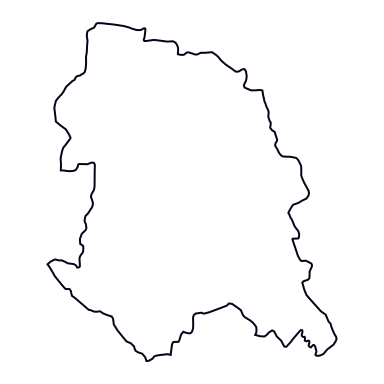 Son La, Son La, Vietnam (Equal Earth projection)
{"feature_id": "81297802B47097666741506", "entity_name": "Son La", "entity_type": "district", "adm_level": 2, "iso_a3": "VNM", "parent_name": "Vietnam", "parent_adm1": "Son La", "projection": "equal_earth", "projection_center": [103.913, 21.343], "detail": "fine", "context": "isolated", "style": "outline", "palette": "ink", "viewbox_px": 384, "rotation_deg": 0, "n_neighbors": 0, "source": "geoboundaries", "source_scale": "gbopen_adm2", "svg_char_len": 5312}
<svg xmlns="http://www.w3.org/2000/svg" viewBox="0 0 384 384"><path d="M301.3,172.5L301.2,168.0L301.2,166.9L301.0,165.5L300.2,164.1L299.4,162.2L298.1,159.9L296.3,158.0L290.8,156.8L286.5,156.7L282.6,156.4L281.1,155.4L280.3,154.4L279.1,153.0L277.3,149.2L275.1,145.5L275.6,143.0L276.7,141.5L277.2,139.7L276.7,138.2L275.3,134.1L274.9,132.1L272.1,130.3L270.6,128.5L270.2,127.5L270.2,126.7L270.6,125.5L270.7,124.3L270.7,122.5L269.6,120.9L269.0,119.0L268.3,116.9L268.4,115.2L268.7,113.1L268.4,110.9L267.6,108.9L266.7,107.3L265.4,103.5L264.4,101.2L263.9,98.5L263.0,94.7L262.8,92.7L262.5,91.2L262.3,90.4L259.0,89.9L256.7,90.3L250.8,90.3L248.4,89.2L245.9,88.2L244.6,87.4L244.0,86.2L243.9,85.3L244.9,82.8L245.8,81.4L246.2,79.8L246.7,76.4L246.0,71.5L245.3,70.2L244.3,69.0L242.3,69.4L241.0,70.0L239.4,71.2L237.5,71.7L235.7,71.6L231.4,68.4L226.3,65.0L221.5,60.9L217.9,56.5L215.9,54.8L212.0,52.2L205.0,52.8L200.8,52.8L197.0,54.5L195.1,54.5L191.9,53.4L188.6,52.4L187.1,52.4L185.5,53.4L184.6,54.4L183.0,54.9L181.4,54.9L180.3,54.8L179.6,54.6L177.9,54.2L177.9,52.3L178.1,50.7L178.1,48.8L177.8,47.0L177.3,45.5L175.6,42.7L173.0,41.3L167.2,41.6L159.7,40.6L154.0,39.9L146.3,41.0L144.4,41.0L143.9,40.5L143.8,39.5L144.5,37.5L145.2,31.9L145.3,30.2L145.4,28.9L145.0,28.4L144.2,28.3L142.4,29.1L141.1,29.9L139.4,30.1L136.6,30.0L132.7,28.9L128.8,27.4L123.7,26.0L113.0,24.4L106.9,23.8L102.0,23.2L99.0,23.2L98.2,23.0L96.4,23.6L95.5,25.1L94.9,26.2L94.1,27.6L91.2,28.9L88.0,30.8L87.2,31.9L86.8,36.1L87.5,40.5L87.1,45.9L86.8,51.6L86.8,52.2L86.0,56.8L86.1,62.4L85.9,66.3L85.5,69.2L84.8,71.9L83.5,73.4L81.5,74.4L80.2,75.4L76.8,76.3L75.5,77.6L74.7,79.8L72.3,81.1L69.2,84.0L66.2,86.7L63.6,91.5L61.5,94.5L60.2,95.7L57.8,98.4L55.9,100.9L55.0,104.5L54.3,107.8L55.2,115.1L55.3,115.9L55.9,121.6L56.5,122.1L57.5,122.9L60.7,125.6L65.8,129.3L67.7,132.4L68.9,134.2L69.9,136.2L70.4,137.4L70.4,138.5L69.6,139.5L65.6,144.9L63.5,147.4L62.4,150.0L61.7,153.0L61.2,155.5L60.7,157.9L60.7,160.2L60.9,162.5L61.0,165.8L60.8,170.4L63.5,170.5L69.0,171.2L73.5,170.9L75.8,169.9L77.8,166.7L78.2,164.5L79.2,164.0L87.5,164.2L91.2,162.7L93.5,162.7L94.0,163.0L94.5,163.8L94.9,165.0L94.8,166.5L94.7,171.5L94.6,181.6L94.6,183.9L94.5,187.1L94.0,189.6L93.2,191.4L91.7,193.7L91.4,194.7L91.0,196.5L91.0,197.0L91.6,198.7L92.9,202.7L92.8,204.7L92.4,206.3L91.8,207.8L90.7,209.2L89.1,211.8L87.7,213.8L85.6,215.8L84.9,218.3L84.6,220.3L84.8,222.0L85.8,223.8L86.0,225.0L86.4,228.1L85.7,229.9L84.4,231.4L83.2,232.4L82.2,233.4L81.5,234.3L81.0,236.1L80.1,238.3L79.9,240.4L80.0,241.6L80.3,244.1L81.1,244.4L83.1,245.9L83.3,247.0L83.3,249.5L83.1,251.5L82.5,252.8L80.9,255.0L80.2,256.2L79.8,257.0L79.5,258.8L79.6,260.9L79.7,262.2L79.8,263.7L79.8,264.4L79.9,265.2L79.8,265.9L79.8,266.5L79.6,266.9L79.2,267.2L77.8,267.6L77.3,267.6L77.1,267.4L76.2,265.7L75.2,264.8L73.4,264.0L70.9,263.7L67.7,263.3L65.8,262.2L61.9,260.4L58.9,260.4L55.0,259.4L50.4,261.7L47.5,264.3L49.5,267.0L52.6,272.2L54.7,276.0L60.9,283.7L64.2,287.6L65.6,289.0L69.6,289.1L71.0,291.3L71.2,293.1L71.6,294.4L72.0,295.9L74.8,297.8L88.7,309.8L90.8,310.2L94.2,311.7L96.9,311.7L100.1,311.3L100.4,311.5L103.1,313.4L107.3,315.1L111.7,316.5L113.1,318.8L113.8,324.5L115.8,327.6L117.2,330.0L123.4,337.7L126.5,341.4L130.8,343.3L133.2,345.6L134.2,346.6L134.4,348.1L135.5,350.7L138.0,352.3L142.2,353.7L145.2,357.2L146.4,361.0L146.6,361.0L148.8,360.8L152.4,358.8L154.5,356.2L157.9,355.3L163.7,354.6L167.5,354.2L170.7,354.9L171.2,350.3L172.1,344.1L173.3,342.0L175.5,341.9L178.4,341.9L179.1,340.9L179.8,338.7L181.1,334.5L183.2,331.8L183.6,332.0L185.8,332.7L188.6,333.3L190.0,333.3L190.9,332.8L191.5,332.3L192.3,331.0L193.1,328.2L193.2,324.1L193.1,319.9L193.1,317.1L193.8,315.2L195.5,313.6L201.6,312.7L203.2,313.5L204.7,313.5L209.4,312.2L218.8,308.7L226.7,305.7L228.2,304.2L229.1,303.4L232.3,304.0L238.0,308.0L240.9,310.2L243.1,315.4L245.0,317.3L250.3,320.5L253.5,323.3L256.2,326.9L256.4,328.3L256.5,330.2L256.3,332.5L255.2,334.9L259.5,336.1L262.0,336.4L264.6,336.4L267.1,334.6L268.3,333.0L271.0,331.1L272.1,330.4L274.1,331.4L276.9,336.6L281.1,340.6L283.5,345.1L284.5,346.7L286.4,346.7L290.6,342.2L292.8,339.2L297.5,333.7L299.4,331.6L299.9,330.9L300.8,330.1L302.1,330.2L302.4,330.7L302.4,332.3L301.7,334.9L301.8,335.8L302.8,336.8L303.6,337.0L304.3,336.8L304.6,336.8L305.0,337.9L304.9,339.3L304.8,340.1L304.9,340.7L306.4,341.3L308.0,340.8L308.7,340.6L309.1,341.0L309.4,341.8L309.4,342.9L308.8,344.3L308.7,345.7L309.4,346.7L310.9,347.4L312.4,345.7L313.4,344.9L314.1,345.1L315.3,346.7L315.8,349.1L316.4,350.9L316.3,352.0L315.6,353.9L315.5,355.0L316.0,355.5L317.4,355.8L319.9,355.6L320.3,355.4L323.4,354.0L327.2,349.5L333.7,344.5L336.2,340.2L336.5,338.8L336.2,337.0L334.1,333.4L331.5,327.3L330.6,323.8L328.5,321.4L325.7,314.7L320.8,311.2L310.8,300.0L306.6,295.2L304.4,290.0L302.3,282.6L303.4,281.3L308.1,279.7L309.4,278.0L309.6,275.0L309.6,271.7L310.7,269.1L311.9,266.5L312.0,265.0L311.4,263.6L308.4,261.9L305.7,260.7L301.6,261.0L300.7,260.5L299.4,258.6L297.9,255.8L295.8,249.4L293.6,243.0L292.4,239.2L292.8,238.7L298.1,238.5L298.9,237.4L299.2,234.0L298.2,231.0L294.7,226.5L291.9,219.6L290.7,218.0L289.3,214.5L288.4,213.0L288.6,212.2L290.2,209.2L293.0,204.8L298.4,202.9L302.0,200.7L306.4,198.6L307.5,197.0L308.5,195.6L309.0,193.4L308.6,190.9L307.3,188.5L303.7,181.8L301.9,177.5L301.2,175.4L301.3,172.5Z" fill="none" stroke="#020617" stroke-width="2"/></svg>